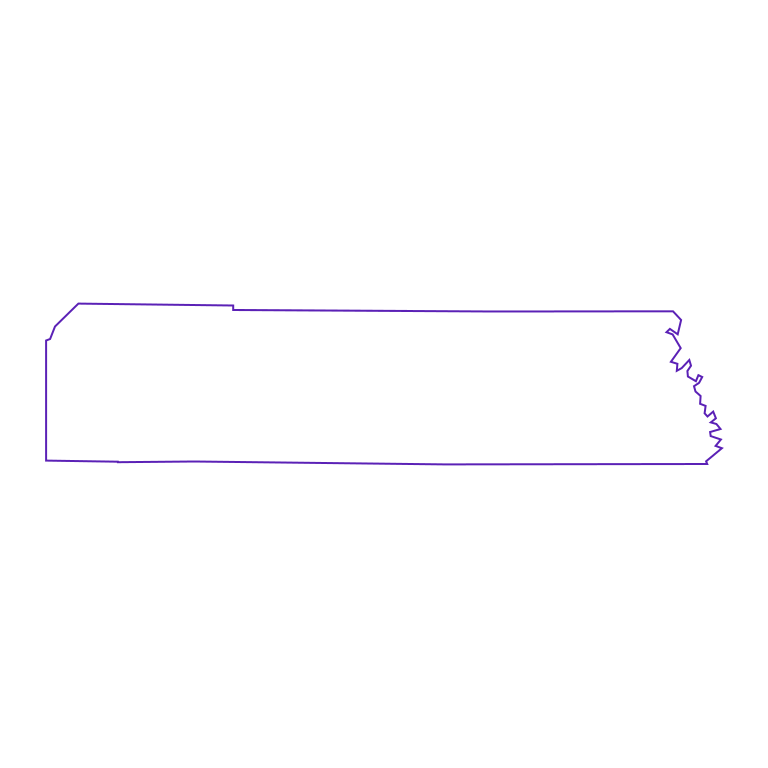 Wayne, Utah, United States of America
{"feature_id": "52423323B53425480585929", "entity_name": "Wayne", "entity_type": "district", "adm_level": 2, "iso_a3": "USA", "parent_name": "United States of America", "parent_adm1": "Utah", "projection": "albers", "projection_center": [-110.379, 38.33], "detail": "fine", "context": "isolated", "style": "outline", "palette": "violet", "viewbox_px": 768, "rotation_deg": 0, "n_neighbors": 0, "source": "geoboundaries", "source_scale": "gbopen_adm2", "svg_char_len": 744}
<svg xmlns="http://www.w3.org/2000/svg" viewBox="0 0 768 768"><path d="M46.1,460.6L117.9,461.7L117.9,462.2L194.2,461.5L445.1,464.4L707.2,464.0L706.1,461.3L721.9,448.2L715.6,445.9L720.9,439.5L710.7,436.1L710.1,432.0L720.5,429.0L716.4,424.0L710.8,422.4L715.9,418.3L713.2,411.6L707.5,416.5L704.6,413.3L705.6,405.9L700.1,403.8L700.6,396.0L695.5,391.5L694.0,386.2L699.1,382.8L702.2,377.0L698.4,375.2L695.9,381.2L687.9,376.5L687.4,371.0L691.0,365.7L689.3,360.0L681.7,368.1L676.8,370.8L677.4,363.8L670.9,361.8L680.7,348.1L672.6,334.4L666.5,332.2L669.9,328.9L677.7,334.3L681.1,320.0L673.0,311.3L494.1,311.5L233.2,310.0L233.2,305.5L78.4,303.6L74.9,307.0L55.0,326.5L50.1,339.0L46.1,340.5L46.1,460.6Z" fill="none" stroke="#5b21b6" stroke-width="2"/></svg>